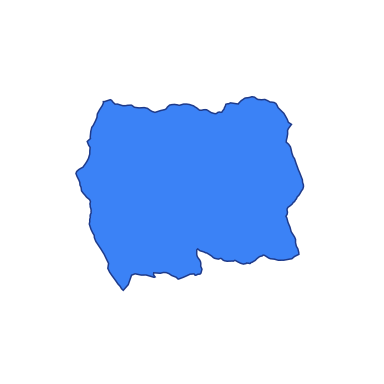 Toepisa, Thimphu, Bhutan, rotated 123°
{"feature_id": "84629894B31491158844122", "entity_name": "Toepisa", "entity_type": "district", "adm_level": 2, "iso_a3": "BTN", "parent_name": "Bhutan", "parent_adm1": "Thimphu", "projection": "equal_earth", "projection_center": [89.777, 27.525], "detail": "fine", "context": "isolated", "style": "filled", "palette": "blue", "viewbox_px": 384, "rotation_deg": 123, "n_neighbors": 0, "source": "geoboundaries", "source_scale": "gbopen_adm2", "svg_char_len": 4141}
<svg xmlns="http://www.w3.org/2000/svg" viewBox="0 0 384 384"><g transform="rotate(123 192 192)"><path d="M284.2,177.3L283.3,176.7L282.5,179.1L280.6,180.1L277.4,174.3L275.1,172.2L273.6,169.7L273.0,166.7L273.1,163.7L272.1,158.8L272.6,156.2L272.0,155.6L268.5,153.0L265.3,150.9L261.9,148.8L260.9,147.4L259.6,145.8L260.1,144.0L259.4,143.2L257.8,142.3L256.5,140.6L255.5,140.3L254.6,140.5L251.3,141.6L249.5,144.3L247.4,145.5L246.1,146.6L245.2,147.9L244.6,149.1L244.2,150.4L243.8,151.4L243.3,152.3L242.3,153.6L240.5,154.9L239.3,155.6L238.4,156.2L237.7,156.5L236.6,156.2L236.9,153.9L236.9,153.2L236.3,151.3L235.9,149.8L235.7,148.9L235.6,147.5L235.1,146.5L235.0,143.9L235.0,142.7L235.0,141.0L235.1,140.0L235.3,139.2L235.4,138.1L235.3,137.0L234.9,135.8L233.9,133.3L232.2,132.0L231.8,131.1L232.2,128.9L232.0,127.4L230.9,124.7L229.8,123.3L228.9,121.9L228.3,121.2L227.3,119.5L226.1,119.0L225.8,118.3L225.6,114.8L225.4,113.9L225.4,112.9L224.8,110.7L224.3,109.4L223.6,108.8L223.2,108.5L222.8,107.8L221.9,107.6L221.6,107.0L220.8,105.5L220.6,104.7L220.1,104.2L219.3,104.2L218.8,103.9L218.0,103.2L217.3,102.9L214.9,101.7L212.7,101.3L210.9,100.7L209.3,100.1L207.2,98.2L206.3,98.1L205.8,97.3L205.6,96.1L205.6,94.6L205.6,91.7L205.3,90.0L203.9,87.2L203.5,86.5L202.6,83.6L202.2,82.4L201.6,81.5L199.2,77.9L196.0,74.5L195.4,73.9L193.6,71.9L190.3,70.9L187.7,69.4L186.1,68.4L184.5,69.6L182.0,72.3L181.0,74.3L180.6,75.0L178.1,77.6L175.4,79.3L174.0,81.3L173.7,81.9L171.6,86.5L171.2,87.3L168.1,90.7L165.1,95.1L162.6,97.8L162.0,98.5L161.2,100.0L158.7,100.1L157.7,100.6L156.9,100.9L155.8,102.1L154.5,103.0L153.6,103.1L152.7,103.2L149.6,102.0L147.4,101.4L146.4,101.4L145.4,101.4L144.6,100.9L143.6,100.8L142.9,100.9L141.9,100.9L141.1,100.7L138.7,101.1L136.7,100.6L134.5,100.6L131.5,100.8L129.1,100.7L126.8,101.4L125.3,102.5L123.7,104.5L121.6,106.1L119.5,109.0L117.2,112.2L115.3,115.1L113.8,117.0L111.5,120.1L108.2,124.2L107.3,126.4L105.0,129.4L101.9,132.5L100.5,134.1L99.3,137.0L98.9,140.1L97.1,141.1L94.7,141.9L91.2,143.4L88.3,145.4L86.3,145.7L81.1,145.4L81.1,149.1L79.2,151.7L77.8,154.3L76.0,157.8L75.4,160.9L74.4,165.7L73.0,167.9L72.1,169.8L72.2,171.9L73.2,174.1L74.0,175.4L74.2,178.3L74.7,181.3L75.9,182.8L76.9,184.1L77.8,185.9L78.5,187.1L78.6,188.6L78.4,191.2L79.4,193.6L81.4,195.3L82.8,196.8L83.7,198.0L84.7,198.9L86.9,199.7L88.3,200.4L91.5,201.1L92.9,201.1L93.7,202.6L95.0,205.5L96.3,208.3L98.0,209.3L98.8,210.4L100.0,211.4L102.0,210.8L103.3,210.8L105.0,210.3L107.2,210.5L108.9,210.5L109.5,211.2L109.9,212.4L111.0,213.6L112.9,214.3L113.7,215.2L114.2,216.5L115.0,219.3L115.0,223.3L115.1,224.6L115.9,226.0L117.0,227.4L118.1,228.3L119.3,230.2L118.9,233.9L119.0,236.2L118.9,237.6L119.5,239.8L120.0,241.8L121.1,244.2L122.3,246.1L123.0,247.1L124.3,248.2L126.3,249.9L126.9,251.8L128.1,254.4L129.7,256.5L131.3,258.1L134.1,258.9L136.1,258.9L137.6,259.6L140.8,262.7L145.4,266.4L146.2,269.4L146.3,271.6L146.1,274.9L147.2,278.0L149.8,281.5L150.5,282.6L152.3,286.4L152.2,288.3L152.1,289.6L152.3,290.4L154.5,293.4L155.7,294.6L157.3,297.0L157.9,299.0L158.8,302.3L160.2,304.3L159.7,307.2L158.9,309.4L159.1,310.8L163.8,314.6L164.5,315.6L165.6,314.8L168.3,314.3L173.4,314.3L178.1,313.9L181.3,312.3L185.4,311.6L190.0,311.1L192.3,311.3L196.3,309.9L201.5,307.2L202.4,306.3L206.7,307.4L209.0,304.2L210.1,301.7L212.8,300.3L215.9,298.4L220.3,297.1L223.6,296.8L226.6,296.8L230.7,297.0L232.8,298.2L234.9,299.2L237.6,299.9L239.7,299.4L241.6,296.8L243.9,292.9L245.1,291.3L247.2,289.7L248.5,287.6L251.2,285.3L252.3,282.4L252.9,280.1L253.7,277.8L253.9,276.5L254.0,275.1L254.2,273.7L254.6,273.0L255.4,271.9L256.5,271.5L257.7,271.1L258.2,270.4L259.3,269.7L260.3,268.8L260.9,267.9L262.4,266.5L263.3,266.1L264.0,265.5L264.8,265.1L266.3,265.0L266.8,264.5L267.6,264.5L268.3,263.7L268.9,263.4L269.9,263.1L270.5,262.9L271.3,262.5L272.3,261.7L274.8,260.7L278.3,256.4L280.4,252.9L281.6,250.4L283.4,249.1L284.8,247.2L285.9,245.6L289.5,237.2L292.1,231.7L295.0,227.0L297.3,223.1L301.9,221.0L304.1,217.4L305.6,213.8L307.8,208.0L309.5,203.9L310.2,201.0L311.5,198.4L311.9,196.1L304.5,195.0L294.7,197.4L291.6,195.2L289.3,189.3L286.6,185.3L284.2,177.3Z" fill="#3b82f6" stroke="#1e3a8a" stroke-width="1.5"/></g></svg>